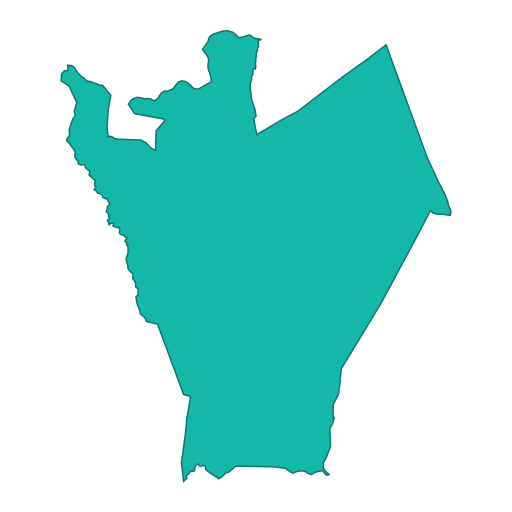 outline of San Francisco Telixtlahuaca, Oaxaca, Mexico
{"feature_id": "50627088B991618938085", "entity_name": "San Francisco Telixtlahuaca", "entity_type": "district", "adm_level": 2, "iso_a3": "MEX", "parent_name": "Mexico", "parent_adm1": "Oaxaca", "projection": "natural_earth1", "projection_center": [-96.95, 17.367], "detail": "fine", "context": "isolated", "style": "filled", "palette": "teal", "viewbox_px": 512, "rotation_deg": 0, "n_neighbors": 0, "source": "geoboundaries", "source_scale": "gbopen_adm2", "svg_char_len": 5907}
<svg xmlns="http://www.w3.org/2000/svg" viewBox="0 0 512 512"><path d="M386.1,44.9L370.4,56.8L369.3,57.8L342.1,77.3L297.9,111.2L282.3,119.5L256.8,134.6L256.3,131.8L256.1,131.1L253.8,119.2L253.7,118.8L253.6,118.5L255.8,116.4L256.0,116.0L255.3,110.6L251.4,99.0L250.8,92.1L250.4,89.2L250.2,86.5L250.5,82.3L251.0,81.7L251.6,79.4L251.4,77.2L252.3,75.5L252.8,74.7L253.0,72.8L252.9,69.8L254.4,68.0L255.2,68.9L255.6,67.9L255.7,65.8L255.4,63.7L255.9,59.1L255.8,58.0L256.4,56.3L256.0,55.5L256.5,52.6L257.5,50.2L257.3,48.2L258.2,47.1L258.5,45.8L258.3,40.8L260.3,39.7L261.5,39.9L258.6,38.6L256.3,38.7L254.5,38.3L252.3,37.0L250.4,35.2L248.7,35.1L247.0,35.6L244.0,36.7L240.9,37.4L238.7,37.7L236.1,35.0L232.9,32.3L227.4,30.7L222.1,31.1L218.5,32.5L213.9,33.9L210.2,36.1L208.9,38.2L208.4,40.0L208.2,41.3L204.3,46.9L203.3,48.2L202.5,49.2L202.6,49.7L205.2,52.9L207.0,55.4L208.5,58.6L208.5,61.7L208.0,64.5L208.0,67.0L208.4,69.7L208.9,71.2L209.6,72.4L210.0,74.5L210.6,75.7L211.5,81.6L198.5,89.0L195.8,89.0L193.4,88.3L190.8,85.4L189.6,84.4L188.1,83.0L185.0,81.4L181.7,80.8L178.1,82.2L176.1,84.7L174.0,87.4L173.5,88.5L172.1,89.3L169.5,90.3L168.2,91.1L166.3,91.4L165.3,90.8L163.3,91.7L161.4,93.1L159.8,95.1L158.3,97.9L156.2,99.8L154.8,100.5L152.7,100.4L151.6,99.3L147.8,98.4L144.7,98.8L141.7,98.1L137.5,97.3L134.1,98.5L131.6,99.7L129.5,102.6L128.4,104.3L134.6,113.6L148.8,116.3L163.5,119.0L164.6,120.9L156.4,130.4L156.1,131.5L155.5,151.2L154.9,149.9L153.4,149.5L150.2,147.4L146.1,142.8L140.3,139.9L132.1,139.8L123.8,139.4L119.5,139.3L115.3,138.7L113.4,137.7L111.2,136.5L109.8,136.2L108.0,136.8L107.1,127.1L108.1,110.4L110.8,95.3L102.5,85.3L100.0,85.3L91.1,81.7L87.1,81.1L83.8,78.1L81.3,76.5L77.3,72.1L74.3,67.4L71.8,65.7L67.8,65.2L68.0,70.0L66.2,71.0L64.7,70.5L61.6,74.1L61.1,80.8L69.1,86.1L76.8,102.6L74.2,111.3L75.4,115.5L73.1,118.4L71.1,123.9L69.2,129.6L69.6,135.2L68.0,137.5L66.6,139.6L66.8,140.9L69.4,143.2L71.5,146.6L72.6,147.9L72.8,148.1L75.2,151.7L75.2,152.8L74.8,155.2L75.0,157.3L77.9,161.2L78.5,164.0L81.3,165.1L83.6,164.4L84.8,165.6L85.6,167.6L86.4,168.7L87.9,169.8L89.5,170.8L89.6,172.9L89.0,174.9L89.3,175.4L90.2,176.0L92.5,178.1L93.4,179.3L94.7,179.7L95.2,180.8L94.6,184.5L94.7,185.5L95.3,186.6L95.8,186.9L95.8,187.6L95.5,188.2L95.2,188.4L94.1,189.6L96.0,190.6L97.0,192.2L97.4,193.1L99.8,193.3L102.6,195.7L103.0,197.5L104.9,198.6L106.7,198.7L108.3,201.0L109.4,203.3L109.5,204.8L109.1,205.3L108.4,205.7L107.7,206.3L107.5,206.7L107.3,209.0L106.6,210.2L106.4,211.1L106.4,211.8L108.0,213.1L108.6,214.3L108.6,215.7L108.7,216.7L109.3,217.9L109.1,218.5L108.6,219.6L107.6,220.2L107.7,221.1L108.3,222.0L108.8,224.3L109.2,224.8L109.5,224.8L110.1,223.6L110.7,223.6L113.3,223.1L113.6,223.3L113.7,223.7L113.1,225.5L113.0,226.0L116.5,227.5L117.3,227.6L117.8,227.1L118.5,226.9L119.1,227.1L119.1,228.1L119.3,229.0L119.8,229.6L119.9,230.4L119.3,231.9L119.4,232.7L119.8,233.5L120.3,234.0L121.0,234.5L121.5,234.8L122.2,234.9L122.9,235.0L123.7,235.3L125.4,237.0L126.3,237.4L126.8,237.7L126.7,238.4L126.2,239.5L125.6,239.5L125.2,240.2L125.0,241.1L125.1,241.4L126.8,242.7L126.6,243.8L126.6,244.8L127.0,245.4L127.3,245.6L127.5,245.6L127.9,245.6L128.0,246.7L128.0,253.1L126.0,259.4L127.8,265.7L127.9,268.3L129.1,270.4L130.3,271.7L133.1,273.9L132.7,278.4L135.6,282.8L135.6,286.8L138.2,289.0L137.9,295.0L135.9,296.8L137.2,304.2L139.9,310.6L140.2,313.8L144.2,317.1L145.5,318.9L146.0,320.8L147.3,321.8L157.5,324.1L169.3,355.8L183.6,394.5L190.6,396.5L186.7,419.5L185.8,430.3L183.7,446.8L181.4,462.6L183.6,481.3L186.7,478.5L186.6,478.1L186.6,477.7L186.4,476.6L186.4,476.2L186.5,475.8L186.7,475.4L187.0,475.1L188.2,474.3L188.7,474.0L188.9,473.8L189.1,473.5L189.6,472.5L189.8,472.2L190.3,471.8L190.7,471.5L191.1,471.3L191.5,471.2L192.0,471.1L193.2,471.3L193.5,471.3L193.9,471.2L194.1,471.0L194.3,470.8L194.4,470.6L194.5,470.3L194.7,469.1L194.9,467.6L195.0,467.1L195.2,466.7L196.5,464.7L196.7,464.4L197.0,464.3L197.3,464.1L197.6,464.1L197.9,464.2L198.2,464.3L198.4,464.6L199.3,465.5L199.6,465.8L199.9,466.0L200.1,466.1L200.4,466.1L200.8,466.1L203.4,465.5L203.9,465.5L204.3,465.6L204.8,465.8L205.2,466.1L205.4,466.4L205.6,466.9L205.7,467.4L205.7,468.0L205.6,468.6L205.6,469.1L205.7,469.5L205.8,469.8L206.0,470.1L206.3,470.3L212.5,474.5L216.4,476.9L216.9,477.2L217.1,477.5L217.7,478.1L218.0,478.4L218.2,478.5L218.4,478.6L218.7,478.6L218.8,478.6L219.3,478.5L219.5,478.4L219.8,478.2L222.7,476.0L223.1,475.6L223.7,475.1L225.1,473.5L225.5,473.2L226.2,472.8L226.5,472.7L226.9,472.6L228.2,472.4L228.5,472.3L229.5,471.5L235.7,466.2L254.3,466.4L273.5,466.8L285.5,468.3L289.7,471.4L292.6,473.1L294.3,472.7L295.0,472.3L296.2,471.8L296.8,471.6L298.5,471.2L299.1,471.1L299.8,471.0L302.1,470.9L304.0,471.2L305.4,471.7L306.6,472.5L310.5,474.4L311.3,474.5L311.6,474.4L312.0,474.2L312.9,473.7L314.3,472.7L315.0,472.3L315.7,472.1L317.7,471.6L320.4,471.1L321.2,470.9L321.7,470.8L322.0,470.8L322.3,470.9L322.7,471.1L322.9,471.3L323.2,471.5L324.1,472.6L325.9,474.6L326.2,474.8L326.4,474.9L326.6,475.0L326.9,475.1L327.4,475.1L327.6,475.1L327.9,475.0L328.3,474.8L328.9,474.5L329.2,474.3L328.7,474.0L328.3,473.8L327.6,473.2L325.9,471.8L325.6,471.1L325.2,470.6L324.8,470.2L324.4,469.7L323.8,468.4L323.6,467.6L323.5,467.1L323.5,466.5L323.5,465.4L323.4,464.9L323.2,463.3L325.2,459.6L326.3,457.4L330.5,446.6L330.4,441.6L329.9,428.2L331.3,426.2L331.9,425.0L332.7,422.9L333.7,419.8L334.0,418.6L334.0,417.4L333.9,417.3L333.6,417.6L333.1,417.7L333.2,404.3L338.3,394.8L338.5,393.6L339.0,391.6L339.0,389.7L338.9,389.2L339.0,388.4L339.7,386.0L340.1,382.4L340.4,381.0L340.2,379.6L340.2,378.6L341.4,368.6L353.7,348.3L372.7,317.0L373.0,316.5L373.4,315.9L380.8,303.7L408.0,253.1L415.7,238.8L430.3,210.9L433.2,213.0L435.1,213.4L436.5,214.2L442.5,214.2L450.5,215.4L450.9,211.6L450.5,210.0L450.0,208.5L449.3,207.3L448.5,205.3L448.3,204.3L447.4,200.7L445.3,195.1L442.2,189.1L441.5,187.4L439.2,183.7L434.1,172.3L427.5,158.4L386.1,44.9Z" fill="#14b8a6" stroke="#0f766e" stroke-width="1.5"/></svg>